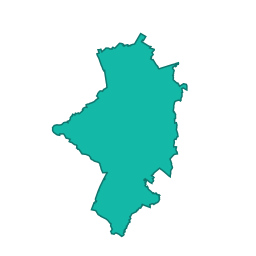 Chislaz, Bihor, Romania (Mercator projection), rotated 140°
{"feature_id": "2599482B30270529451593", "entity_name": "Chislaz", "entity_type": "district", "adm_level": 2, "iso_a3": "ROU", "parent_name": "Romania", "parent_adm1": "Bihor", "projection": "mercator", "projection_center": [22.253, 47.272], "detail": "fine", "context": "isolated", "style": "filled", "palette": "teal", "viewbox_px": 256, "rotation_deg": 140, "n_neighbors": 0, "source": "geoboundaries", "source_scale": "gbopen_adm2", "svg_char_len": 5736}
<svg xmlns="http://www.w3.org/2000/svg" viewBox="0 0 256 256"><g transform="rotate(140 128 128)"><path d="M93.5,203.4L96.1,203.1L96.7,203.3L99.0,203.1L98.2,205.8L99.4,206.2L100.7,207.2L101.9,204.0L104.2,204.8L104.8,203.3L105.5,200.1L108.2,193.0L108.6,191.2L109.4,189.5L109.8,187.2L109.0,187.1L115.5,176.5L116.1,175.3L117.3,173.8L117.9,172.6L119.9,172.7L122.0,173.2L122.2,172.9L123.6,172.7L123.9,172.5L124.4,173.3L125.4,174.2L126.3,174.4L129.0,173.8L130.6,172.8L131.4,172.7L131.3,170.6L131.5,169.9L134.7,170.1L136.6,169.9L137.9,170.1L138.2,170.3L139.6,170.6L141.3,171.4L142.6,171.5L143.0,171.9L144.2,172.5L145.3,172.7L146.2,170.3L147.2,171.3L149.5,171.9L150.2,171.7L150.3,171.2L151.0,171.3L151.2,170.5L151.8,170.6L152.4,170.3L154.6,170.3L156.4,170.4L156.4,171.5L158.1,171.9L158.8,173.1L160.0,172.5L160.3,172.2L161.6,174.1L163.2,173.1L163.4,173.4L165.4,173.1L166.5,171.9L167.2,171.7L167.8,171.2L170.0,172.0L170.1,171.3L170.5,170.7L171.2,171.8L172.9,173.0L173.9,173.4L176.2,173.2L177.3,173.5L178.9,174.5L180.1,175.8L180.7,176.3L182.9,177.3L185.5,176.8L185.6,176.5L187.3,174.6L187.6,173.5L187.7,172.4L187.1,169.7L186.6,168.1L185.9,167.6L185.8,167.2L185.0,166.3L183.8,167.3L182.7,166.1L181.4,165.3L181.2,164.7L181.1,164.2L181.4,162.3L181.9,160.2L181.7,159.7L181.0,159.0L180.1,157.2L179.6,156.6L181.8,155.4L181.2,154.2L180.4,153.1L180.0,151.0L179.6,149.6L178.6,148.3L178.4,147.4L180.2,145.7L179.7,145.4L179.8,144.6L180.1,144.3L180.1,144.0L179.8,143.7L179.3,142.9L179.3,142.5L179.3,142.1L179.5,141.9L179.4,141.0L179.6,140.0L179.5,139.6L179.8,138.9L179.6,138.6L179.8,137.8L179.6,137.7L179.6,137.4L177.3,135.0L175.6,131.9L175.7,129.1L176.3,128.6L176.1,127.3L175.2,125.3L175.2,124.5L172.9,121.0L172.5,119.8L172.5,118.7L173.4,117.3L173.7,116.1L174.9,113.8L176.1,109.9L172.7,107.4L172.7,107.0L173.7,106.8L178.1,105.0L178.7,104.6L178.4,103.9L179.1,103.6L179.4,104.5L187.0,101.1L190.4,99.3L190.6,98.8L191.0,99.0L191.6,98.7L198.5,94.6L199.0,94.0L199.3,93.2L199.8,92.9L199.7,92.7L199.5,92.9L199.1,92.3L199.7,91.9L200.1,92.5L199.9,92.6L200.0,92.8L200.5,92.5L202.0,92.6L202.3,92.4L202.3,92.1L202.5,92.3L208.5,88.9L205.8,85.5L206.5,80.8L205.4,77.9L205.6,77.8L203.4,72.8L202.8,70.4L202.9,66.5L202.6,65.5L204.2,64.2L205.1,60.6L207.8,59.8L207.9,58.7L208.5,57.7L206.9,55.6L205.5,55.7L204.6,55.3L203.3,52.7L202.5,49.0L202.0,48.9L201.7,49.1L201.2,48.8L199.9,48.8L199.3,49.3L199.2,50.3L198.4,50.6L197.8,51.1L197.5,51.1L197.3,50.4L196.8,50.6L196.6,51.1L196.7,52.0L196.1,52.3L195.4,51.9L194.5,52.6L193.6,52.2L193.0,52.6L192.4,53.7L191.7,53.4L191.1,54.0L189.8,54.2L189.3,54.8L188.6,54.8L187.8,55.1L187.3,54.6L187.1,54.7L186.3,55.6L186.5,56.4L186.4,56.8L186.1,57.0L184.8,56.7L184.3,56.8L184.0,57.0L183.8,58.3L183.5,58.9L182.6,58.8L180.3,59.8L175.0,58.5L174.4,59.2L174.0,59.2L173.3,58.8L172.9,59.2L172.0,59.1L171.3,59.5L170.7,59.4L170.1,58.7L169.7,58.6L169.2,58.6L168.5,59.2L167.5,59.2L167.1,59.4L166.8,60.1L166.3,60.3L165.8,60.0L165.7,59.2L165.5,58.9L162.1,52.9L161.4,53.7L161.5,54.2L160.7,54.7L160.8,55.2L160.6,55.3L160.0,54.8L159.2,54.9L158.2,54.6L157.9,54.3L157.8,53.8L157.4,53.7L157.5,53.0L157.4,52.8L156.7,52.9L156.3,52.6L155.2,52.8L154.3,52.2L152.6,52.0L150.9,52.4L150.2,53.0L149.5,53.2L149.4,54.0L148.6,54.5L148.5,55.4L148.0,55.6L147.9,55.9L147.1,56.0L147.4,56.5L147.2,56.9L147.9,57.2L147.9,57.8L148.7,58.7L148.7,59.1L148.3,59.3L148.2,59.8L148.4,60.2L149.8,60.6L150.0,60.8L150.3,62.2L150.5,62.3L151.0,62.0L151.2,64.9L151.8,68.0L151.5,68.9L151.0,69.5L150.7,70.9L151.8,71.0L151.8,71.9L152.0,72.7L151.8,73.1L150.4,73.4L150.2,73.9L150.3,74.6L150.2,75.1L149.8,75.3L149.1,74.9L148.2,75.5L148.0,77.0L148.3,77.2L149.3,77.2L149.4,77.4L149.0,78.0L148.5,78.2L147.5,78.0L146.6,74.7L146.0,72.0L145.3,70.2L144.5,70.9L142.9,70.9L142.2,71.3L141.8,73.4L141.1,73.1L140.6,73.3L139.9,73.3L140.0,74.9L140.6,76.1L140.6,76.5L137.9,76.4L137.6,76.6L137.6,76.9L129.6,76.9L129.3,74.9L129.1,74.7L128.4,71.2L127.4,64.7L127.0,63.5L126.3,64.3L125.2,65.3L124.7,65.5L123.4,67.2L122.2,68.1L119.9,68.8L119.3,69.2L118.1,72.3L117.5,72.7L117.2,73.3L115.7,77.3L110.2,78.1L108.6,77.6L106.8,76.4L106.0,77.7L106.2,78.1L105.8,78.3L105.8,79.2L105.5,80.2L103.7,82.2L103.5,81.9L103.0,82.4L105.0,84.2L104.2,85.3L101.7,87.2L100.9,88.7L100.5,89.0L99.2,89.3L98.5,88.4L96.2,89.7L95.2,89.3L93.4,92.2L92.1,95.6L90.1,97.3L89.5,98.3L89.0,98.3L88.5,99.0L87.6,101.0L89.0,101.7L86.5,105.1L85.6,104.7L85.3,104.9L83.7,107.0L82.8,107.8L82.7,108.2L82.7,110.8L82.3,110.5L82.1,112.3L79.4,114.6L78.8,115.6L75.4,118.0L74.6,118.0L73.1,117.6L71.1,116.6L70.6,115.8L70.5,115.0L69.7,115.1L68.3,116.7L66.5,117.4L65.4,118.6L64.8,119.5L64.2,120.0L64.1,120.4L63.3,120.2L61.5,123.6L60.0,123.3L59.4,121.7L59.1,120.7L58.5,119.3L55.9,122.3L55.9,122.7L55.6,122.9L55.3,123.9L57.0,126.2L61.6,126.8L61.4,128.2L61.1,128.8L61.0,129.3L61.3,129.8L61.0,130.5L61.7,130.8L62.4,135.8L62.1,136.4L60.9,137.2L60.8,137.7L60.3,138.5L59.6,138.9L59.8,139.6L58.4,140.2L56.9,141.7L55.9,142.1L55.6,143.0L55.6,144.8L54.7,145.8L54.0,145.5L52.0,145.6L51.6,145.3L51.9,144.4L51.2,144.4L50.7,145.4L50.4,145.6L49.9,145.4L49.6,144.9L48.5,144.5L48.0,144.8L47.5,145.6L50.2,146.8L51.1,146.9L52.5,147.7L66.2,153.4L66.4,153.7L65.8,155.9L65.6,156.0L65.8,158.2L64.9,164.3L65.7,164.6L65.7,165.3L66.2,166.4L64.9,166.7L64.6,167.1L64.7,167.6L61.5,168.1L61.2,170.4L57.7,170.9L57.4,171.4L59.9,175.4L58.2,175.7L59.4,177.1L62.1,185.4L60.3,186.0L60.0,185.1L55.6,186.6L57.6,192.2L69.0,188.1L71.1,189.2L72.5,189.7L73.0,189.5L73.1,189.9L74.9,190.4L75.3,190.7L74.6,191.4L74.6,191.7L74.9,192.1L76.5,192.9L78.3,193.2L78.3,193.4L77.6,193.5L77.8,194.3L78.5,193.8L78.8,194.3L78.6,194.6L77.9,195.1L78.0,195.9L78.6,196.5L78.9,197.2L80.1,198.3L86.6,197.6L87.0,197.8L87.7,199.6L89.0,199.4L89.5,198.8L91.1,200.3L91.6,201.7L93.5,203.4Z" fill="#14b8a6" stroke="#0f766e" stroke-width="1.5"/></g></svg>